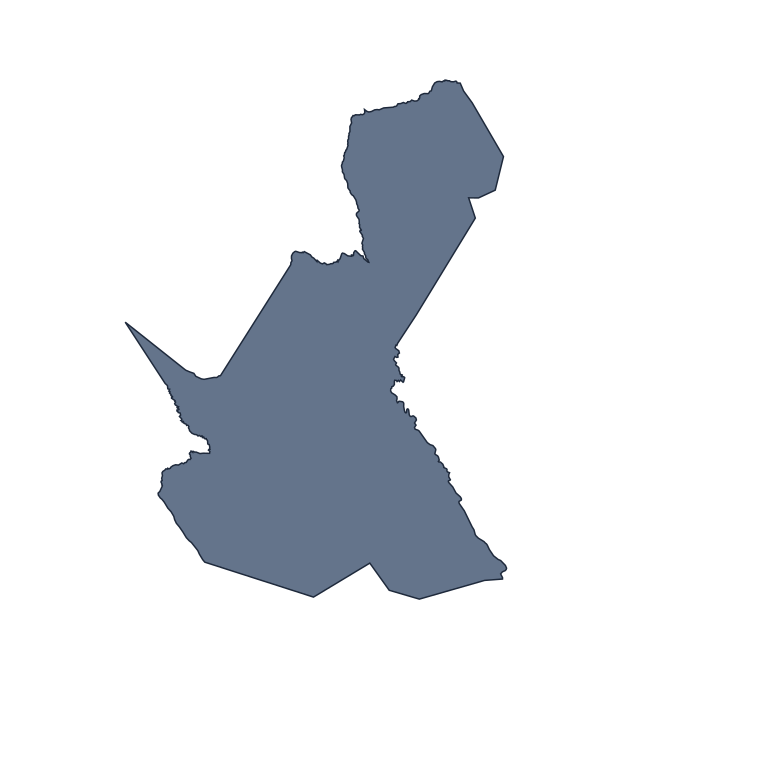 outline of Santa Catalina, Jujuy, Argentina, rotated 140°
{"feature_id": "61730980B27320368944921", "entity_name": "Santa Catalina", "entity_type": "district", "adm_level": 2, "iso_a3": "ARG", "parent_name": "Argentina", "parent_adm1": "Jujuy", "projection": "equal_earth", "projection_center": [-66.281, -22.101], "detail": "fine", "context": "isolated", "style": "filled", "palette": "slate", "viewbox_px": 768, "rotation_deg": 140, "n_neighbors": 0, "source": "geoboundaries", "source_scale": "gbopen_adm2", "svg_char_len": 6171}
<svg xmlns="http://www.w3.org/2000/svg" viewBox="0 0 768 768"><g transform="rotate(140 384 384)"><path d="M635.8,362.7L575.0,266.1L510.0,255.9L512.6,222.6L495.2,196.5L433.2,168.9L418.6,158.4L417.7,159.4L416.7,163.6L414.0,164.0L411.0,163.1L409.6,163.4L408.5,164.1L407.6,167.0L408.1,173.8L409.4,176.4L410.5,182.0L409.7,189.4L408.4,194.3L408.3,195.8L408.6,196.8L408.7,199.0L410.8,205.2L411.1,208.7L410.9,210.0L408.8,214.5L408.3,218.0L404.0,235.2L403.2,244.0L402.5,245.5L401.8,245.8L399.4,245.4L398.6,246.1L398.2,247.4L398.1,248.8L398.9,254.2L397.5,261.0L397.7,266.7L397.5,267.8L396.8,268.4L395.4,267.8L394.7,268.0L394.1,271.2L392.7,272.9L390.8,273.9L391.9,275.9L391.6,277.1L390.6,278.1L390.6,278.9L391.9,281.6L391.4,282.0L390.5,284.7L390.9,287.9L392.2,289.2L392.2,289.7L390.6,290.2L389.3,293.0L389.1,294.6L389.8,296.5L389.9,297.9L386.6,300.3L386.1,301.4L386.1,305.4L387.7,308.0L388.5,311.3L387.3,325.4L387.7,326.9L389.2,329.3L388.5,331.2L385.9,331.9L385.7,334.5L382.3,335.6L381.4,337.5L381.9,340.5L382.4,341.0L384.3,341.7L384.7,342.7L384.5,344.1L381.8,348.2L381.7,349.6L382.2,349.9L383.0,349.7L385.1,347.7L385.8,347.8L386.1,348.7L385.5,350.4L383.4,354.1L381.5,356.2L381.0,357.4L381.3,358.6L383.3,360.9L383.9,361.2L385.2,360.8L385.8,361.0L385.1,363.2L383.6,364.2L382.3,365.9L382.5,368.4L383.8,372.4L383.4,374.4L381.9,376.0L380.7,375.9L379.8,376.9L378.2,376.4L376.4,376.9L374.3,379.4L373.4,380.0L372.2,378.7L372.4,377.5L370.7,377.6L370.6,376.0L368.7,376.4L368.3,373.1L367.6,373.1L364.1,375.5L364.0,376.1L364.6,377.4L365.6,378.0L365.8,378.6L365.5,379.1L364.7,378.8L364.2,379.2L365.1,380.6L365.2,381.3L364.1,383.3L363.8,384.7L362.3,386.6L362.2,387.8L362.8,390.7L362.5,391.5L360.9,392.1L361.1,394.9L360.8,396.8L357.9,398.0L357.1,396.1L356.0,395.6L354.5,397.8L352.3,397.8L351.3,400.0L352.2,403.5L352.1,404.8L349.9,406.1L349.4,405.3L347.4,406.4L315.1,416.1L207.4,452.4L199.5,472.2L192.0,465.8L174.2,461.0L146.3,481.4L135.7,542.7L134.7,557.2L132.2,565.5L134.5,567.6L134.0,568.7L134.2,569.8L136.6,570.9L138.5,572.7L139.0,574.3L140.3,575.3L140.7,576.4L141.5,576.7L141.8,577.6L142.8,577.2L143.4,577.9L145.3,578.1L147.0,580.2L149.0,581.5L151.7,582.0L155.8,580.6L159.3,578.2L160.8,578.8L162.3,578.1L163.6,578.1L166.5,580.7L169.5,581.8L171.5,581.7L172.8,580.2L173.3,580.0L173.9,580.3L174.2,579.6L176.8,579.7L178.7,581.0L180.3,583.7L182.4,583.5L184.4,585.0L185.0,584.5L185.6,584.9L186.5,584.7L187.2,585.2L188.2,587.2L191.0,588.1L193.2,589.7L195.6,588.9L196.8,589.2L197.6,589.9L198.8,590.0L206.8,595.7L211.4,597.1L212.9,598.7L214.9,600.0L218.4,600.8L220.8,602.1L221.9,604.0L222.5,606.8L224.0,604.5L225.4,603.8L226.7,603.9L227.6,604.3L228.5,605.6L229.7,605.8L233.0,608.7L234.2,608.6L235.2,609.6L236.3,609.0L237.5,609.1L239.2,607.9L241.0,604.8L244.6,603.2L247.8,599.3L250.0,598.3L250.6,597.2L251.8,596.7L253.7,594.4L254.8,594.2L256.1,592.9L256.6,591.8L257.7,591.1L258.2,589.9L262.0,587.6L262.8,587.7L264.5,586.5L265.3,586.6L267.5,584.7L268.2,584.7L268.8,583.2L269.8,582.3L271.9,580.9L273.3,580.7L274.1,579.8L276.0,578.8L276.8,577.7L278.2,574.7L279.5,573.3L279.9,570.2L281.8,567.2L282.1,566.0L281.9,563.9L282.9,561.0L285.6,557.4L285.9,553.5L286.6,552.8L287.0,550.6L286.9,548.9L286.5,548.0L287.2,543.2L288.2,540.8L289.1,539.6L289.5,537.7L290.9,535.4L291.2,533.2L291.8,532.6L295.3,532.4L296.5,531.3L296.9,530.0L297.3,526.1L299.2,523.5L299.9,523.2L300.1,521.9L302.0,519.8L302.4,516.5L302.8,516.3L303.6,517.0L304.5,516.4L304.9,511.8L305.6,511.4L306.2,508.7L310.5,506.0L311.0,504.1L312.2,503.1L313.0,501.7L313.8,501.3L314.5,497.1L315.3,496.4L315.6,494.1L316.8,492.3L316.9,491.1L316.5,489.9L317.4,487.0L317.9,487.6L318.9,493.1L317.8,495.5L319.3,497.3L320.0,504.3L320.7,504.7L322.7,504.1L324.8,502.1L325.3,502.2L325.5,503.4L326.0,503.8L326.3,503.5L326.2,502.6L326.8,502.7L329.4,505.5L330.5,509.4L331.7,511.0L332.7,510.9L337.3,508.1L338.5,508.2L339.5,507.6L339.8,508.5L340.9,507.2L341.2,508.3L342.4,508.2L344.5,509.6L345.2,509.1L346.0,509.2L347.5,510.4L349.0,510.8L351.2,512.3L351.2,513.9L351.8,514.5L351.9,515.2L353.9,515.6L355.0,517.4L355.7,521.9L356.1,522.0L356.7,521.2L356.9,525.6L357.6,527.5L357.4,530.3L360.0,536.7L361.6,536.6L361.8,537.5L362.6,537.5L364.2,539.0L366.3,542.4L367.3,542.8L369.7,542.8L372.5,541.6L374.1,539.8L375.3,537.5L377.2,536.9L378.8,535.3L503.9,495.5L505.4,496.4L507.2,496.3L508.2,496.7L510.0,498.3L518.8,503.2L520.6,505.3L523.2,510.8L522.8,514.4L524.9,517.9L527.0,522.0L542.5,597.7L551.3,525.1L550.9,522.0L552.7,519.3L551.7,517.9L552.3,517.9L552.7,516.9L553.4,516.8L553.0,515.4L554.1,515.0L553.9,512.9L554.6,512.1L554.1,510.4L554.4,510.0L555.3,510.3L555.9,509.7L554.8,505.6L555.4,505.3L555.3,504.1L557.0,503.5L557.3,501.9L556.9,501.4L556.7,499.9L556.0,498.6L556.6,498.4L557.3,499.3L557.7,499.0L557.7,498.2L557.1,497.4L557.4,496.4L558.5,496.6L559.1,497.2L559.8,496.7L560.0,496.2L559.6,495.5L560.0,494.4L558.8,492.7L559.8,490.9L561.6,490.6L561.4,487.3L561.9,486.6L563.1,486.6L562.8,485.8L563.0,484.5L562.3,484.7L561.8,484.3L562.5,482.4L561.4,480.5L561.8,479.1L560.9,478.7L560.7,478.2L560.8,476.9L562.0,476.1L562.3,474.5L563.0,473.2L562.8,469.8L561.6,467.2L560.1,465.6L559.9,463.7L558.6,463.4L558.0,461.4L556.8,461.3L556.6,460.2L557.3,460.0L557.5,459.6L556.2,458.8L556.6,458.0L556.5,457.3L555.3,456.4L555.7,455.9L555.5,454.6L555.7,453.9L557.5,451.4L557.4,450.7L556.8,450.0L558.1,447.5L558.9,446.9L559.2,445.9L560.3,446.4L561.0,446.2L560.7,444.3L562.2,443.0L567.0,447.2L569.7,449.0L571.6,452.5L572.9,453.6L573.3,454.9L573.7,455.2L574.4,454.6L574.6,456.2L575.0,456.7L575.8,456.1L577.2,456.1L578.0,455.6L578.1,454.0L579.0,453.0L579.6,451.1L581.1,450.8L581.8,451.7L583.2,451.9L585.9,451.0L587.1,451.8L588.7,451.7L589.7,453.5L593.5,454.0L595.6,456.1L598.2,457.1L601.0,457.3L601.8,456.8L603.4,457.3L603.8,458.5L604.7,458.1L605.6,459.2L607.5,458.9L609.6,459.2L611.2,458.6L612.7,456.1L614.9,454.7L616.0,452.6L617.0,452.8L617.8,452.3L618.4,450.0L619.1,449.5L619.0,448.8L619.3,448.4L624.8,445.8L627.2,445.6L628.3,443.9L628.6,440.4L628.2,438.3L628.3,434.7L629.4,427.7L629.2,423.1L630.1,417.7L631.6,414.6L632.6,410.7L632.6,406.1L633.2,399.8L634.2,393.4L634.0,389.2L633.4,386.3L633.7,376.2L634.8,372.3L635.8,365.9L635.8,362.7Z" fill="#64748b" stroke="#1e293b" stroke-width="1.5"/></g></svg>